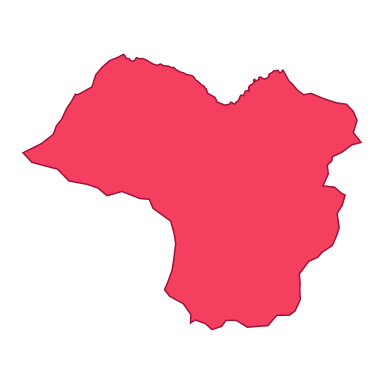 the district of Salamiou, Paphos, Cyprus
{"feature_id": "46923920B63120979546184", "entity_name": "Salamiou", "entity_type": "district", "adm_level": 2, "iso_a3": "CYP", "parent_name": "Cyprus", "parent_adm1": "Paphos", "projection": "albers", "projection_center": [32.682, 34.831], "detail": "fine", "context": "isolated", "style": "filled", "palette": "rose", "viewbox_px": 384, "rotation_deg": 0, "n_neighbors": 0, "source": "geoboundaries", "source_scale": "gbopen_adm2", "svg_char_len": 2023}
<svg xmlns="http://www.w3.org/2000/svg" viewBox="0 0 384 384"><path d="M123.5,54.4L117.3,57.6L109.6,60.6L101.9,67.4L95.7,74.9L92.0,86.9L77.6,94.8L75.3,94.2L72.0,100.5L66.6,108.5L61.5,119.5L56.4,125.8L53.2,134.4L41.6,143.5L33.0,147.8L23.0,152.8L32.0,162.4L57.6,169.2L69.0,181.0L87.5,184.4L98.0,188.1L107.1,195.7L122.0,191.5L140.2,198.6L149.3,199.3L153.0,208.3L170.7,221.1L174.1,233.4L175.7,243.9L173.6,260.6L172.0,270.3L167.6,282.7L164.5,289.7L165.6,291.1L169.7,296.3L183.2,303.6L190.8,314.4L190.5,323.0L195.2,319.9L205.7,323.8L211.9,329.6L221.6,326.4L226.0,320.4L236.4,320.4L247.4,327.2L268.0,325.6L276.6,315.4L289.5,315.1L295.1,310.9L300.3,299.4L299.8,290.5L300.1,283.7L299.3,274.0L308.7,261.4L317.8,257.2L322.0,252.3L332.4,245.4L336.6,235.7L339.2,227.6L337.1,213.5L342.3,205.1L345.1,195.0L341.7,193.5L334.6,187.2L323.0,185.8L328.3,173.9L327.2,165.2L331.7,160.9L332.5,156.7L342.5,151.9L351.5,145.0L361.0,142.4L353.3,132.6L357.0,120.4L353.3,111.4L346.4,104.2L336.7,102.9L326.7,99.7L319.8,97.1L311.1,93.4L303.4,94.7L296.9,89.6L292.4,84.1L288.9,80.9L285.0,73.7L283.0,70.1L282.6,70.1L281.9,71.7L279.9,72.8L278.6,71.8L278.8,71.3L277.9,70.3L275.1,70.9L273.9,70.7L272.3,72.3L272.3,72.5L269.2,74.0L268.6,76.7L266.1,78.7L263.0,78.7L260.4,76.9L258.8,77.7L259.1,79.4L255.5,81.1L254.8,79.3L253.5,80.2L254.3,81.9L251.9,84.8L250.8,84.7L249.1,86.5L248.7,87.6L248.8,89.7L249.1,91.0L248.4,90.5L247.5,90.4L245.1,91.3L245.1,91.7L243.5,95.7L241.7,95.0L240.6,95.4L238.4,100.7L237.1,101.3L236.3,102.0L235.5,103.3L234.8,104.0L233.3,103.5L232.0,102.5L230.6,102.2L229.7,104.3L228.5,104.4L225.0,105.2L216.5,101.7L216.5,100.2L214.8,97.3L207.4,93.0L206.4,89.1L205.0,87.9L204.1,86.3L202.9,85.7L201.0,84.4L198.1,81.5L195.7,80.0L193.5,76.6L191.1,75.3L187.1,74.7L183.6,72.9L180.0,71.9L176.2,69.7L173.6,67.4L171.5,67.6L168.3,66.1L163.8,65.8L160.6,64.0L157.0,65.3L152.7,63.9L148.3,61.2L145.6,59.6L142.3,58.5L139.1,58.7L136.5,57.7L134.4,60.7L131.2,61.2L129.0,58.7L126.0,58.2L124.9,55.7L123.5,54.4Z" fill="#f43f5e" stroke="#9f1239" stroke-width="1.5"/></svg>